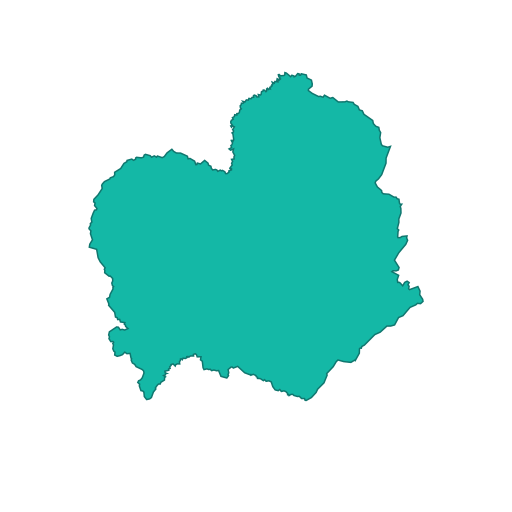 the district of Si Satchanalai, Sukhothai, Thailand, rotated 328°
{"feature_id": "78962969B22677252120762", "entity_name": "Si Satchanalai", "entity_type": "district", "adm_level": 2, "iso_a3": "THA", "parent_name": "Thailand", "parent_adm1": "Sukhothai", "projection": "albers", "projection_center": [99.746, 17.588], "detail": "fine", "context": "isolated", "style": "filled", "palette": "teal", "viewbox_px": 512, "rotation_deg": 328, "n_neighbors": 0, "source": "geoboundaries", "source_scale": "gbopen_adm2", "svg_char_len": 6129}
<svg xmlns="http://www.w3.org/2000/svg" viewBox="0 0 512 512"><g transform="rotate(328 256 256)"><path d="M377.7,115.8L376.4,117.6L375.5,117.8L372.3,116.2L371.8,114.3L371.0,114.1L370.3,116.1L370.8,117.3L370.1,117.9L370.5,118.8L368.2,119.2L368.5,118.0L367.9,116.9L366.6,118.3L366.6,119.7L364.5,118.0L363.1,119.1L361.9,117.2L361.5,119.0L360.3,119.1L359.8,120.2L359.0,119.9L358.6,120.5L357.1,120.3L356.7,121.7L356.4,121.2L355.0,121.5L354.6,119.2L354.4,120.6L353.5,120.1L352.6,121.6L351.5,121.9L351.1,119.9L350.1,119.1L349.4,119.8L347.7,119.6L345.8,121.8L345.0,121.8L343.5,120.3L342.7,122.5L341.0,121.6L341.0,120.1L339.8,118.6L338.8,118.7L338.1,120.2L336.8,119.4L335.2,120.0L333.5,118.6L332.1,119.7L330.5,118.5L328.4,119.5L326.8,117.9L327.0,119.4L325.9,119.6L324.6,118.7L323.6,119.9L322.2,120.2L321.3,122.1L321.5,123.4L319.6,123.6L318.0,125.4L316.7,125.8L315.2,125.1L314.4,126.3L312.8,124.9L311.5,126.3L309.3,126.2L309.2,127.9L307.0,127.9L305.7,128.8L305.1,130.0L305.3,132.3L303.5,132.3L303.5,133.8L305.0,133.2L306.1,135.0L303.1,136.5L303.4,137.7L302.6,138.9L300.9,138.9L301.1,140.3L298.7,145.7L297.2,146.5L297.1,145.2L296.3,144.9L296.0,147.7L294.4,149.0L293.3,149.0L292.7,151.1L289.9,150.9L290.5,152.8L293.7,153.3L291.5,155.5L291.2,159.4L289.8,160.3L288.9,162.1L286.5,161.1L286.3,163.4L284.4,164.5L284.1,166.2L280.3,167.7L280.3,168.4L281.4,169.1L280.8,170.0L278.0,169.5L277.7,170.5L275.1,170.8L273.9,170.0L274.2,168.0L272.9,165.6L271.7,165.4L271.2,164.2L268.5,164.0L268.4,162.4L267.5,161.1L264.9,160.1L264.6,157.9L265.3,156.0L263.9,153.8L264.5,151.8L263.1,147.7L257.7,148.5L255.5,146.1L254.4,147.1L253.4,146.7L254.2,143.0L251.7,138.3L249.9,137.6L250.7,135.0L246.6,128.8L243.1,126.5L241.6,123.7L241.2,120.9L235.2,121.4L230.9,123.1L228.6,122.9L225.4,119.0L224.0,119.5L222.8,117.2L219.8,116.9L219.4,114.8L216.1,111.2L214.6,111.2L213.0,112.6L210.8,112.0L207.0,109.0L205.9,109.1L205.2,110.1L202.9,110.0L202.0,108.0L197.3,106.6L196.4,107.6L193.1,107.5L187.6,110.1L180.5,110.1L179.2,112.3L177.3,113.2L173.9,112.5L172.8,113.2L166.9,112.6L163.9,113.5L162.6,114.3L161.3,117.3L154.4,120.5L148.6,122.0L147.0,124.0L147.6,125.8L145.8,127.7L146.3,131.4L145.2,132.3L143.4,131.6L140.6,133.4L136.2,136.8L134.7,140.3L132.7,140.7L132.0,142.2L129.4,143.6L128.8,144.4L129.3,147.2L127.4,149.4L125.9,155.6L121.3,157.9L119.3,160.2L124.4,165.9L121.2,173.8L120.8,178.4L121.8,186.1L120.3,186.9L120.2,188.1L118.8,190.0L120.7,195.3L121.8,195.8L122.5,199.1L121.2,201.3L119.4,202.5L118.6,204.9L119.0,206.5L118.1,206.7L117.2,208.2L112.0,211.2L109.9,213.4L106.8,213.3L105.8,218.8L104.9,219.7L106.3,228.9L104.5,233.3L105.6,234.8L105.0,236.6L106.8,237.5L106.1,240.1L109.5,243.0L108.2,243.9L108.6,245.5L108.1,246.6L109.0,249.7L105.4,249.2L103.7,247.3L101.7,246.7L101.6,243.5L100.2,242.3L91.5,242.6L89.2,244.9L88.9,246.9L87.5,248.2L87.5,251.7L89.4,252.7L89.6,253.7L88.1,254.4L88.1,255.8L85.4,258.8L85.0,261.4L85.5,262.8L83.7,265.1L85.1,267.5L87.8,268.4L90.5,268.9L93.8,268.0L94.7,270.4L97.6,271.9L95.9,276.4L96.1,277.2L95.0,278.1L94.5,281.2L95.7,283.6L95.7,286.3L99.3,291.9L99.8,293.8L99.0,295.9L95.0,299.0L92.4,299.9L90.3,299.6L88.7,300.6L89.4,302.9L88.2,304.4L87.1,309.2L88.4,310.4L88.8,312.0L86.8,316.0L87.2,319.8L90.1,320.8L92.3,320.6L96.9,317.0L100.6,315.7L100.7,314.6L103.7,313.3L105.5,312.9L106.9,313.8L108.4,312.7L112.6,312.7L114.1,310.6L115.2,310.5L114.3,308.4L116.2,308.8L117.0,307.8L118.0,308.2L117.1,306.9L117.7,305.4L121.5,306.7L122.1,305.5L123.6,305.8L124.1,304.2L126.0,303.8L126.4,303.0L128.5,303.6L129.2,306.5L130.3,305.6L132.2,305.8L134.1,307.1L135.1,305.0L136.5,304.6L137.4,303.3L138.3,303.7L138.6,304.9L140.0,304.0L141.8,305.5L143.4,305.6L143.9,304.8L144.5,305.5L145.1,305.2L145.5,306.2L147.4,306.0L150.1,307.7L150.7,306.3L152.7,306.7L153.2,308.1L152.7,310.4L156.0,312.3L153.9,314.6L154.7,316.8L151.9,322.7L151.7,324.8L154.6,325.7L155.8,327.3L157.1,327.7L157.6,329.7L159.9,330.4L161.7,332.4L163.6,333.3L162.5,339.5L166.6,344.0L169.3,342.9L169.4,341.8L171.0,340.6L172.2,337.5L176.0,337.0L177.0,337.6L177.4,339.0L182.0,339.9L184.5,349.0L188.1,353.7L188.7,353.7L188.5,354.4L191.0,354.9L192.6,357.3L192.3,358.5L193.0,359.7L192.4,360.6L194.7,362.3L196.2,365.6L197.7,365.4L198.2,367.6L200.8,368.7L202.2,370.8L201.0,375.7L201.3,379.7L203.5,382.0L205.4,381.8L205.7,384.3L208.3,385.2L209.5,386.9L209.9,389.2L209.3,390.4L210.1,390.7L210.0,391.9L212.3,391.9L213.9,392.8L214.2,394.3L216.7,397.1L218.4,398.0L219.1,401.0L221.6,402.6L221.2,404.4L222.0,405.1L228.0,405.4L234.6,403.6L237.7,401.6L246.4,399.6L253.2,394.7L253.6,393.2L262.8,390.8L267.9,388.2L270.4,387.6L274.5,392.1L280.1,396.5L284.5,396.6L284.7,397.3L292.1,393.2L294.6,389.5L295.6,389.3L296.5,390.0L297.8,388.8L300.7,389.0L315.1,385.6L321.0,386.4L329.9,384.8L333.2,386.8L337.0,387.9L344.3,383.7L349.0,384.5L359.4,381.2L365.6,382.1L367.8,381.7L370.3,383.6L373.6,383.0L374.4,381.0L374.3,375.6L376.5,372.7L377.1,367.7L368.4,365.9L368.1,364.6L369.8,362.8L369.6,360.9L371.8,359.7L370.8,357.4L368.1,357.2L364.6,359.0L364.0,355.3L363.3,354.0L362.2,353.5L363.3,350.8L366.7,348.0L362.9,341.3L364.4,341.1L367.0,342.9L369.3,343.3L371.2,341.6L371.2,332.9L378.8,328.9L389.2,325.5L392.9,323.0L393.3,320.5L394.7,319.0L390.2,316.8L387.9,316.8L386.1,315.6L386.3,314.8L389.5,310.4L390.8,309.6L390.3,307.7L395.0,303.2L396.7,300.3L401.7,296.4L404.0,292.5L404.6,290.4L407.0,289.3L405.8,288.6L405.7,287.2L407.3,283.6L406.0,282.2L406.0,280.3L404.2,279.2L401.5,274.1L396.9,270.7L396.3,268.6L397.1,267.5L397.0,266.4L395.5,261.8L395.8,257.1L397.3,256.0L400.7,255.5L405.7,253.6L415.4,246.2L418.2,241.9L428.1,234.3L425.4,233.6L421.6,229.5L421.5,227.6L423.7,221.3L427.1,217.4L427.2,214.7L428.3,212.0L426.3,209.4L425.7,205.9L426.8,202.9L422.6,193.0L423.1,189.2L421.1,186.9L421.7,183.1L419.7,179.5L419.7,177.2L415.8,174.0L415.2,172.8L413.1,172.4L407.4,169.0L405.1,162.3L402.4,161.5L399.3,155.9L397.0,156.9L395.2,154.6L393.6,154.0L389.8,147.8L388.1,143.4L388.9,142.3L393.5,141.7L394.9,139.9L396.2,136.2L393.6,132.1L394.6,129.1L390.9,125.4L389.6,126.3L388.5,125.6L389.1,124.4L388.1,123.4L384.7,124.5L383.3,124.2L383.6,123.5L382.2,121.7L380.4,122.3L378.7,117.0L377.7,115.8Z" fill="#14b8a6" stroke="#0f766e" stroke-width="1.5"/></g></svg>